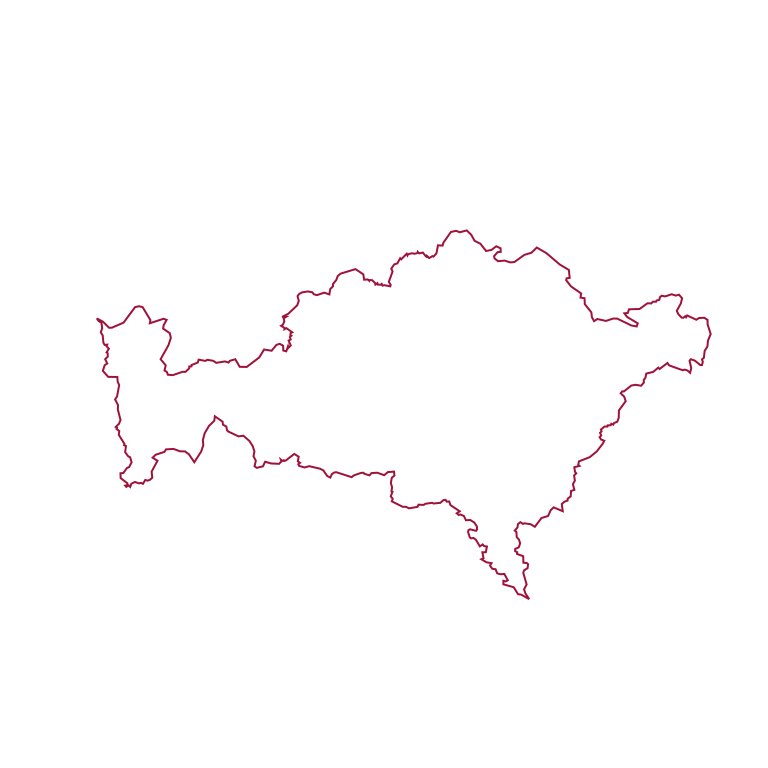 San Martín de Bolaños, Jalisco, Mexico, rotated 110°
{"feature_id": "50627088B70833625521917", "entity_name": "San Martín de Bolaños", "entity_type": "district", "adm_level": 2, "iso_a3": "MEX", "parent_name": "Mexico", "parent_adm1": "Jalisco", "projection": "natural_earth1", "projection_center": [-103.757, 21.572], "detail": "fine", "context": "isolated", "style": "outline", "palette": "rose", "viewbox_px": 768, "rotation_deg": 110, "n_neighbors": 0, "source": "geoboundaries", "source_scale": "gbopen_adm2", "svg_char_len": 6156}
<svg xmlns="http://www.w3.org/2000/svg" viewBox="0 0 768 768"><g transform="rotate(110 384 384)"><path d="M212.2,105.7L214.3,110.6L216.8,112.5L215.9,122.6L218.0,123.0L217.3,124.1L219.5,125.5L219.8,127.0L217.7,131.3L215.1,133.9L206.8,132.6L201.5,133.2L199.2,137.3L201.1,140.0L201.3,144.4L205.5,149.7L206.1,153.3L208.0,154.4L210.8,154.1L212.3,156.4L213.7,156.6L214.6,159.4L216.9,160.4L218.0,164.0L226.1,169.5L230.0,179.3L233.8,179.2L235.4,182.3L237.9,178.3L240.2,166.3L243.5,166.2L244.4,171.7L242.8,187.2L244.1,191.0L248.8,197.0L250.0,205.8L253.1,208.1L250.1,211.5L245.7,213.7L240.3,222.6L234.8,224.9L235.6,228.9L231.5,229.7L228.3,241.7L224.1,248.4L222.2,248.5L220.8,245.8L213.6,249.3L211.6,259.7L205.5,276.1L203.5,287.1L210.2,290.3L214.7,296.3L224.8,303.2L226.5,306.8L226.8,312.9L229.6,318.8L228.2,323.0L226.3,324.3L221.3,322.4L219.9,319.5L216.6,320.9L216.2,325.6L221.3,328.9L224.1,333.6L219.2,341.4L218.5,347.8L213.9,353.1L211.4,358.8L215.5,364.7L215.4,368.6L218.2,373.1L230.8,376.5L233.9,376.3L235.2,380.7L243.4,379.4L247.4,381.1L247.3,382.3L250.2,384.6L248.9,387.5L249.9,387.4L249.7,388.4L247.2,392.4L249.2,395.6L248.3,397.4L249.3,397.2L251.0,399.5L251.7,402.7L253.9,405.8L255.1,405.9L253.8,407.2L261.0,410.5L260.3,411.8L266.1,412.7L268.1,415.3L273.1,416.6L275.4,414.4L286.4,414.4L288.6,411.6L290.1,411.5L291.0,417.5L292.1,419.0L290.7,420.4L291.9,421.1L292.7,423.9L291.5,424.7L293.5,426.1L292.2,426.9L290.5,430.6L291.3,433.2L292.1,433.2L291.3,435.1L292.8,438.3L288.0,441.0L285.8,450.1L295.1,462.5L298.3,464.4L302.5,464.4L307.6,466.2L309.6,465.3L313.2,467.0L318.5,466.0L318.6,471.4L323.4,477.4L323.7,480.6L322.3,482.8L323.1,487.3L326.0,492.4L328.4,494.5L331.0,495.3L335.0,492.5L339.8,492.5L350.8,498.0L355.8,502.7L354.4,499.0L356.6,500.7L359.3,499.1L363.0,499.3L364.5,500.6L365.4,496.6L366.6,496.3L364.9,494.9L366.8,487.9L368.1,489.2L370.1,488.7L370.3,487.6L372.0,488.5L374.1,486.9L375.8,488.5L379.7,484.8L382.7,486.2L381.4,487.1L386.7,487.0L387.0,490.1L382.5,491.9L381.9,495.8L384.1,498.5L391.2,501.0L392.6,508.5L401.7,510.3L414.9,518.8L417.2,525.5L411.6,532.2L415.0,536.9L417.0,537.4L417.2,541.2L421.5,548.9L420.6,552.4L421.7,558.3L423.4,559.8L424.5,566.5L427.5,566.3L432.0,571.3L433.3,571.0L434.2,573.0L435.9,572.4L440.5,574.7L441.4,577.4L447.9,585.5L449.2,590.2L446.8,592.4L446.4,594.9L441.1,595.5L437.1,602.4L421.3,599.8L413.5,600.1L409.5,602.7L407.5,610.5L404.1,611.2L398.1,610.2L398.1,613.5L407.0,624.8L403.8,625.4L394.4,637.0L394.7,640.8L396.9,644.2L415.4,649.7L424.1,658.9L425.2,661.5L421.6,669.3L420.6,676.3L422.4,673.7L423.1,670.5L428.0,667.9L432.3,667.8L434.6,664.9L441.2,661.8L442.8,659.9L441.7,657.6L443.3,657.7L445.0,654.6L449.2,655.5L449.5,654.3L452.7,652.9L456.0,654.5L459.4,651.1L461.9,652.9L467.8,652.7L471.6,645.6L468.6,637.0L472.8,635.1L475.6,632.5L486.9,630.6L490.5,631.4L494.8,626.7L499.0,625.4L507.9,619.3L512.0,619.4L516.1,621.4L516.4,619.9L517.7,620.0L518.7,616.7L522.5,615.8L529.0,607.5L530.4,607.3L530.5,605.3L536.6,603.9L539.5,599.5L539.7,597.5L543.9,594.4L549.3,595.1L550.8,596.8L556.8,598.5L558.0,601.1L562.5,599.3L565.0,591.2L566.9,590.5L568.0,592.4L568.8,591.0L566.6,589.2L567.5,587.3L564.1,587.3L561.2,584.4L561.2,580.3L560.0,578.5L560.3,576.4L555.8,575.5L555.6,572.9L554.1,571.2L551.3,569.7L545.8,572.4L533.6,570.6L532.4,576.2L528.6,574.4L522.9,567.1L520.0,566.5L517.0,559.6L517.0,552.6L515.4,547.9L516.8,543.2L522.4,535.5L510.0,532.7L503.2,532.9L498.7,535.0L491.6,535.7L483.2,534.1L476.6,530.9L472.2,531.9L474.6,522.8L477.3,521.4L477.9,517.6L481.2,515.7L481.9,514.1L483.0,502.8L480.7,498.4L483.6,490.9L487.3,486.1L491.7,482.7L496.6,481.9L499.9,478.2L505.6,477.5L506.3,474.9L502.8,469.6L497.7,469.1L497.3,463.0L494.9,455.3L491.8,453.9L490.3,455.1L490.9,453.3L490.6,452.0L489.1,452.2L490.4,451.8L489.6,450.2L480.4,444.4L481.5,439.3L486.2,438.5L486.8,436.0L488.7,437.1L490.0,435.8L489.6,430.1L486.8,426.2L485.5,415.3L485.9,411.5L489.9,405.8L490.3,402.4L486.6,402.2L484.1,400.4L483.2,398.6L482.6,382.5L480.2,381.1L475.4,375.2L474.4,372.9L475.1,371.7L474.8,366.4L472.0,365.3L469.7,360.0L469.6,352.6L465.5,350.3L462.9,344.6L466.4,342.9L469.4,344.6L474.7,343.7L478.3,341.1L482.4,340.2L482.4,339.2L487.3,339.2L488.9,336.5L491.6,336.5L493.0,324.4L491.9,321.5L492.3,318.0L488.0,310.5L485.6,310.3L484.0,305.3L482.4,304.2L479.2,298.1L479.4,296.7L476.4,290.4L472.8,288.4L471.8,286.5L473.1,284.8L472.1,282.5L475.1,280.1L477.7,269.3L480.6,271.4L481.5,269.1L480.5,267.6L480.7,263.8L484.0,260.4L482.3,256.4L483.3,251.7L486.1,248.0L488.8,246.8L490.5,247.3L491.1,253.4L492.3,254.6L494.3,254.4L498.8,250.9L499.3,249.5L498.1,247.2L498.9,244.4L503.8,238.4L501.0,236.4L502.1,234.4L501.5,231.7L507.3,230.8L508.5,234.0L513.7,230.9L515.4,232.6L516.5,226.8L515.6,221.7L518.4,222.3L520.6,219.0L519.9,215.8L523.2,212.9L523.0,209.6L521.3,206.0L526.1,200.6L527.9,202.1L528.1,204.5L531.4,203.3L530.6,192.6L535.7,186.1L535.0,183.1L536.5,174.0L532.5,179.4L529.0,182.2L523.6,181.4L513.7,188.6L511.3,188.7L507.9,186.1L504.0,187.0L503.4,188.5L504.2,191.9L498.2,194.3L498.2,200.9L496.5,201.3L496.2,203.6L494.1,204.3L491.4,201.5L487.1,201.6L484.1,203.9L482.5,206.9L477.7,209.0L477.0,211.0L473.2,209.5L469.8,210.2L467.2,208.6L468.0,205.4L466.9,204.6L465.6,198.1L466.6,193.4L456.1,190.2L451.9,184.7L445.6,184.2L441.9,182.4L442.4,172.5L436.0,175.9L433.0,174.3L430.8,171.6L428.9,172.2L425.8,170.1L420.6,171.7L418.3,168.9L413.6,172.2L409.5,171.6L404.9,174.1L402.2,172.8L401.2,174.5L397.1,176.7L394.1,172.3L393.5,173.8L390.1,174.4L382.3,165.6L374.6,161.0L365.1,158.0L362.0,157.6L361.9,161.1L360.2,163.2L358.1,162.3L355.9,164.3L354.2,163.3L352.6,164.6L348.5,162.2L347.6,159.5L346.4,159.7L345.2,156.9L343.6,156.8L343.8,154.7L341.9,154.4L339.7,151.9L335.6,151.8L328.5,154.2L317.5,151.0L313.7,154.0L311.8,158.4L309.4,157.6L309.0,156.1L300.9,151.1L298.7,147.4L297.7,141.8L293.7,140.3L291.4,141.3L288.6,140.5L284.5,141.1L280.5,135.1L274.8,131.9L275.7,130.2L267.3,124.8L269.0,122.4L268.9,108.0L267.6,106.2L267.5,103.6L268.8,100.2L264.0,100.7L257.7,104.8L255.8,104.2L255.7,99.9L258.0,93.3L257.5,91.7L254.1,92.0L252.1,93.6L250.0,92.4L243.2,94.0L238.2,92.9L232.4,94.4L225.3,94.1L217.3,100.3L213.1,101.9L212.2,105.7Z" fill="none" stroke="#9f1239" stroke-width="2"/></g></svg>